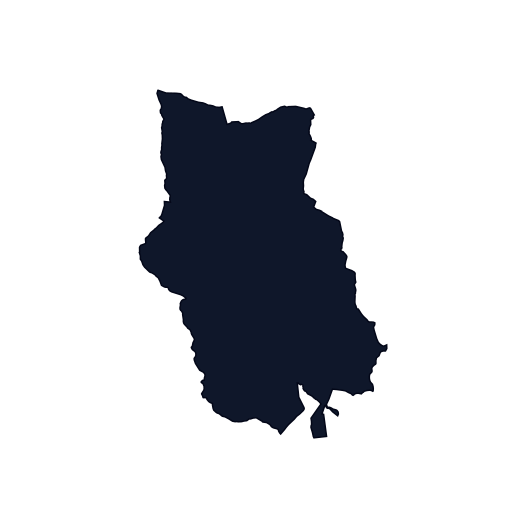 outline of Pardosi, Buzau, Romania, rotated 211°
{"feature_id": "2599482B33669968833110", "entity_name": "Pardosi", "entity_type": "district", "adm_level": 2, "iso_a3": "ROU", "parent_name": "Romania", "parent_adm1": "Buzau", "projection": "robinson", "projection_center": [26.866, 45.449], "detail": "fine", "context": "isolated", "style": "filled", "palette": "ink", "viewbox_px": 512, "rotation_deg": 211, "n_neighbors": 0, "source": "geoboundaries", "source_scale": "gbopen_adm2", "svg_char_len": 6120}
<svg xmlns="http://www.w3.org/2000/svg" viewBox="0 0 512 512"><g transform="rotate(211 256 256)"><path d="M425.9,347.5L425.5,347.4L425.2,346.8L424.6,344.4L419.5,339.9L415.5,337.2L414.1,335.9L413.4,334.4L413.0,332.9L413.2,332.3L413.0,331.4L411.9,329.9L411.4,329.4L410.4,329.3L409.3,328.2L408.0,327.4L405.5,326.1L405.3,325.7L405.2,323.3L404.5,321.8L404.4,320.8L403.4,319.0L403.0,317.4L400.4,314.4L400.1,313.2L399.6,312.4L398.8,311.7L396.5,308.1L394.5,303.7L393.7,302.7L392.8,300.4L391.6,298.5L391.2,296.6L390.8,295.7L390.3,295.1L389.4,294.6L388.6,292.2L386.7,289.9L379.7,285.2L377.4,282.4L374.8,280.3L374.3,279.0L372.6,276.6L372.6,275.9L373.1,274.5L373.1,273.8L371.3,271.3L370.6,269.3L369.0,267.2L367.4,266.4L365.9,266.0L360.8,263.8L360.3,263.2L359.9,261.7L358.9,259.8L357.1,258.1L362.6,255.5L360.5,252.3L358.1,243.1L357.9,240.7L358.4,239.7L358.5,238.9L352.9,238.5L353.0,236.9L355.1,232.2L355.9,228.4L356.4,227.6L356.9,225.5L358.3,221.7L358.4,218.4L358.6,217.3L359.6,214.9L359.7,214.2L359.5,213.7L359.0,212.9L357.8,211.3L357.2,210.4L357.2,209.9L357.4,209.4L360.3,205.8L360.4,204.4L360.2,203.3L357.8,199.5L357.9,199.0L355.2,196.6L353.5,193.7L351.4,192.8L348.4,190.3L345.8,189.1L339.4,187.6L338.5,187.5L336.4,188.0L332.8,187.9L331.3,187.3L328.6,187.0L325.1,184.8L321.9,182.2L318.7,182.3L317.6,182.6L315.7,183.6L314.8,183.4L314.2,183.1L313.9,182.6L312.9,182.1L312.1,181.8L310.0,181.8L300.4,184.1L297.8,184.3L294.3,183.8L294.1,183.6L294.1,182.9L295.7,181.4L296.2,180.7L296.7,179.2L296.7,178.3L296.4,176.2L295.5,175.1L294.5,172.5L293.7,171.3L292.7,170.7L291.5,170.5L289.4,169.3L288.7,168.0L285.5,164.1L284.6,162.5L283.5,161.3L282.2,160.6L278.5,159.6L277.4,159.0L274.5,158.8L272.2,157.2L271.5,156.3L270.6,155.6L266.4,153.4L265.7,152.5L265.4,150.6L265.4,149.5L264.0,145.4L264.4,144.9L264.4,144.5L264.2,144.1L262.5,143.1L261.5,142.9L259.1,142.7L257.8,141.9L257.1,141.1L256.3,139.7L256.1,138.0L256.3,136.5L256.1,136.1L255.4,135.1L252.5,132.7L245.4,129.1L241.1,129.3L239.2,128.5L238.5,127.9L237.9,126.8L237.4,124.8L236.4,122.8L237.5,122.2L237.8,121.6L238.2,120.1L237.9,119.5L237.3,119.3L235.9,119.4L233.4,117.6L232.0,115.4L231.6,114.0L231.7,110.4L231.6,109.8L229.7,108.6L228.7,107.6L228.2,107.4L227.6,107.9L225.6,108.8L224.6,108.5L224.3,107.9L221.6,106.9L219.6,106.8L217.3,107.2L216.9,106.3L215.9,105.1L214.2,103.2L212.8,102.1L209.9,101.5L208.6,101.4L206.3,101.9L202.4,101.3L199.6,102.2L195.4,102.4L191.1,102.3L188.6,103.2L187.2,104.2L185.9,104.7L183.0,106.6L181.5,108.2L179.1,110.1L177.9,112.9L176.7,113.6L175.1,115.5L172.5,117.5L165.3,117.5L165.0,117.2L164.7,117.2L161.1,118.7L157.2,118.7L154.9,117.7L153.7,117.6L152.5,117.7L149.4,118.6L147.9,118.8L147.2,118.5L146.7,117.8L145.8,117.2L144.5,116.5L143.2,116.1L142.2,121.8L141.9,124.9L141.3,128.3L139.2,135.8L138.6,139.5L137.2,143.1L135.9,147.9L135.9,149.4L136.1,150.0L136.8,150.8L146.6,157.0L155.3,168.5L154.4,168.9L153.7,168.6L151.5,168.6L151.1,169.3L150.6,169.5L149.7,169.5L148.8,169.2L148.6,168.8L148.6,168.3L147.9,167.8L147.5,166.8L146.3,166.0L144.8,165.4L143.8,165.7L142.8,165.5L140.8,164.5L136.3,164.8L134.6,164.6L133.6,164.2L132.4,164.3L131.4,163.9L129.7,164.2L126.3,163.5L124.1,162.6L125.3,145.3L123.4,143.0L121.6,140.3L121.3,138.8L120.6,137.4L116.5,133.6L113.9,130.8L112.7,130.0L102.6,137.7L116.5,155.1L118.1,154.6L120.0,163.2L119.6,163.4L118.6,163.2L117.9,162.6L117.2,162.3L116.3,162.3L114.9,163.0L113.8,163.0L110.0,161.9L103.7,161.1L104.0,163.0L105.3,164.6L107.0,165.3L108.1,165.3L111.3,164.4L113.0,164.5L114.5,164.3L115.3,164.1L115.8,163.7L116.5,163.4L117.5,163.5L118.7,164.7L119.2,164.9L119.8,170.7L121.9,181.2L118.1,183.1L112.8,185.4L109.8,186.5L106.5,186.6L103.4,187.0L101.8,186.5L101.0,186.6L100.6,187.5L100.5,188.4L99.1,190.1L97.5,191.1L94.7,192.1L94.2,194.4L93.8,194.6L93.7,195.7L91.7,197.8L89.5,199.5L88.0,200.1L86.2,200.2L86.1,200.4L86.3,201.1L87.2,202.8L88.5,204.5L90.1,206.0L92.8,206.8L94.4,207.9L95.9,209.6L96.9,211.3L97.6,213.0L97.5,213.8L97.0,216.0L97.1,216.7L97.3,217.2L98.9,219.2L99.2,220.8L98.6,223.2L97.8,224.9L97.9,225.7L99.4,228.1L100.3,230.8L99.2,233.9L99.7,236.5L99.7,238.0L99.3,238.7L98.3,239.9L96.1,241.3L96.2,243.9L96.3,244.2L98.2,247.1L100.0,244.5L101.7,244.1L104.4,244.3L106.8,245.0L107.3,245.4L109.9,247.2L116.5,253.2L118.4,255.2L118.7,256.0L118.8,258.2L119.7,259.9L121.1,259.8L122.4,259.2L125.1,257.7L126.2,257.7L128.0,258.5L132.2,259.4L133.9,259.9L136.0,260.7L141.0,263.2L142.4,262.6L144.9,264.9L146.1,265.6L147.6,267.5L150.5,272.8L151.4,273.8L151.6,275.3L152.2,276.3L152.5,277.4L153.0,278.3L153.9,279.3L156.7,281.8L157.0,282.3L157.0,285.0L158.3,286.3L159.6,288.1L161.2,290.5L161.9,291.9L162.6,292.5L163.5,292.8L166.3,292.8L172.9,291.6L173.9,292.6L175.1,294.1L176.5,297.9L177.4,301.4L178.0,302.5L179.6,303.3L183.6,304.5L184.3,304.2L186.2,304.3L186.9,306.1L186.4,306.4L186.7,307.4L187.4,308.3L189.0,311.8L189.5,313.9L190.5,316.3L192.0,317.5L192.4,318.9L193.8,320.4L195.6,321.5L202.0,328.5L203.4,328.9L209.1,328.0L210.2,328.1L214.4,327.7L223.0,327.8L223.0,328.1L225.1,327.9L228.3,327.0L231.8,327.6L232.9,333.5L236.1,334.1L239.1,333.6L244.1,334.7L247.1,334.1L247.7,334.8L247.9,335.7L249.6,337.2L250.2,338.0L251.4,340.6L253.4,343.5L254.6,346.3L255.2,352.2L258.2,363.0L258.7,366.8L261.2,379.7L262.4,382.4L262.7,383.7L268.6,383.5L268.5,384.2L269.3,385.3L271.1,386.7L273.6,388.2L274.3,389.7L275.1,390.6L276.5,394.2L276.7,396.8L279.2,400.6L279.2,401.6L278.1,403.1L278.0,403.6L278.0,404.1L278.1,404.5L279.1,405.6L279.1,406.2L278.7,406.9L285.2,410.6L285.9,410.7L286.6,410.4L288.8,407.7L290.9,407.3L299.0,404.7L305.4,400.5L305.7,399.7L306.2,399.4L308.6,399.1L311.5,396.3L313.2,392.9L313.6,391.4L314.6,390.3L315.7,388.2L316.7,387.7L317.7,386.1L318.1,385.0L320.4,382.1L322.3,378.5L324.1,374.4L326.0,371.4L328.4,368.1L328.7,367.1L330.2,366.6L332.0,365.3L333.1,364.8L335.5,362.5L336.9,361.8L340.3,362.1L345.8,358.4L346.1,356.8L348.6,353.9L361.9,366.4L364.0,364.5L367.2,362.9L370.2,362.5L372.8,361.6L374.8,360.6L377.8,360.4L380.3,359.9L384.6,358.1L391.9,356.2L395.2,355.7L397.2,356.1L397.9,356.0L398.4,355.5L399.0,355.4L400.9,355.5L403.2,356.2L404.6,356.1L408.2,354.4L416.9,349.4L425.9,347.5Z" fill="#0f172a" stroke="#020617" stroke-width="1.5"/></g></svg>